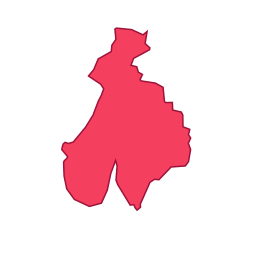 the District of Down, rotated 126°
{"feature_id": "GBR-2099", "entity_name": "Down", "entity_type": "District", "adm_level": 1, "iso_a3": "GBR", "parent_name": "United Kingdom", "parent_adm1": "", "projection": "natural_earth1", "projection_center": [-5.809, 54.331], "detail": "fine", "context": "isolated", "style": "filled", "palette": "rose", "viewbox_px": 256, "rotation_deg": 126, "n_neighbors": 0, "source": "natural_earth", "source_scale": "10m", "svg_char_len": 1042}
<svg xmlns="http://www.w3.org/2000/svg" viewBox="0 0 256 256"><g transform="rotate(126 128 128)"><path d="M184.8,71.3L189.1,72.4L188.7,74.2L188.3,75.5L186.6,78.2L189.1,80.9L179.8,103.1L177.2,107.1L165.1,114.5L161.5,119.0L174.9,115.2L190.3,108.3L204.4,105.3L214.1,113.1L217.3,129.4L213.3,141.7L204.5,151.4L193.5,160.0L192.0,160.3L188.2,159.6L186.7,160.0L184.4,168.8L182.1,170.0L179.1,171.0L176.6,170.5L175.5,167.1L171.5,164.0L152.2,162.8L138.0,163.9L123.7,167.8L117.1,168.8L110.6,170.7L108.6,175.8L109.2,190.5L106.3,190.4L101.0,190.0L89.6,192.7L76.0,186.5L70.5,189.7L63.4,189.9L55.7,196.7L54.0,196.1L46.3,183.0L43.8,170.6L38.7,169.3L49.6,163.8L50.3,157.4L52.1,156.6L68.4,164.4L75.5,162.4L73.3,156.9L76.8,152.4L76.2,147.8L81.8,146.6L82.2,145.1L75.6,132.3L74.5,123.5L84.9,114.3L85.4,112.7L81.3,107.1L87.2,102.4L83.8,94.3L85.3,91.3L94.7,84.2L92.8,77.2L97.8,75.2L99.3,71.4L104.9,70.2L108.6,64.7L119.6,59.3L125.0,59.3L134.2,70.2L151.7,72.6L153.9,76.4L159.1,78.3L182.3,73.3L184.8,71.3Z" fill="#f43f5e" stroke="#9f1239" stroke-width="1.5"/></g></svg>